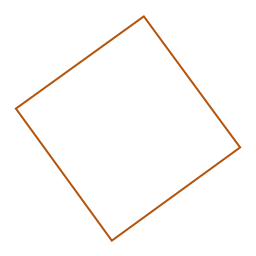 Baylor, Texas, United States of America, rotated 144°
{"feature_id": "52423323B2493878028026", "entity_name": "Baylor", "entity_type": "district", "adm_level": 2, "iso_a3": "USA", "parent_name": "United States of America", "parent_adm1": "Texas", "projection": "natural_earth1", "projection_center": [-99.301, 33.616], "detail": "fine", "context": "isolated", "style": "outline", "palette": "amber", "viewbox_px": 256, "rotation_deg": 144, "n_neighbors": 0, "source": "geoboundaries", "source_scale": "gbopen_adm2", "svg_char_len": 230}
<svg xmlns="http://www.w3.org/2000/svg" viewBox="0 0 256 256"><g transform="rotate(144 128 128)"><path d="M48.7,46.4L49.0,83.9L49.6,209.0L207.3,209.6L207.3,46.4L48.7,46.4Z" fill="none" stroke="#b45309" stroke-width="2"/></g></svg>